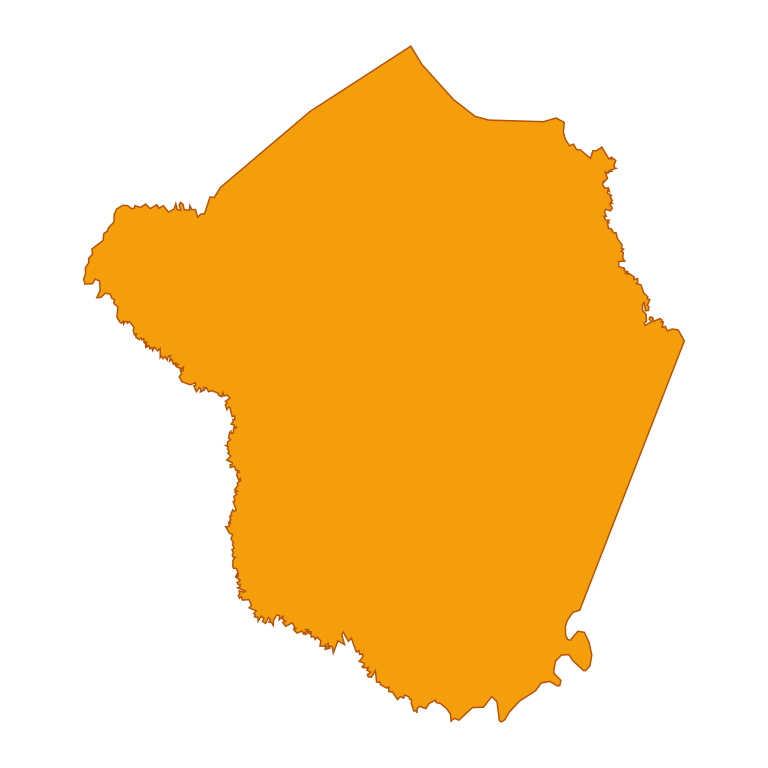 outline of Puerto Rico, Meta, Colombia
{"feature_id": "7082276B74831898220162", "entity_name": "Puerto Rico", "entity_type": "district", "adm_level": 2, "iso_a3": "COL", "parent_name": "Colombia", "parent_adm1": "Meta", "projection": "natural_earth1", "projection_center": [-73.12, 2.752], "detail": "fine", "context": "isolated", "style": "filled", "palette": "amber", "viewbox_px": 768, "rotation_deg": 0, "n_neighbors": 0, "source": "geoboundaries", "source_scale": "gbopen_adm2", "svg_char_len": 6117}
<svg xmlns="http://www.w3.org/2000/svg" viewBox="0 0 768 768"><path d="M579.7,610.2L684.3,341.0L678.2,329.9L672.1,329.0L667.2,331.0L665.4,326.4L662.2,327.3L663.2,321.9L661.3,321.9L662.0,320.1L660.0,318.6L653.7,321.3L652.5,317.3L650.0,317.0L649.1,319.0L651.7,321.7L645.0,325.5L644.3,322.9L646.5,321.3L646.1,314.4L642.5,310.4L642.6,304.4L644.2,302.6L645.5,310.8L648.4,310.4L648.9,306.7L647.3,305.5L649.8,299.7L647.3,298.7L647.8,296.9L643.8,293.0L640.9,284.8L635.8,283.5L637.6,283.1L637.7,278.6L633.7,279.5L634.2,277.1L628.9,273.3L627.5,274.3L627.6,272.6L625.7,272.9L627.3,271.6L624.1,270.5L624.6,268.3L618.7,266.6L618.6,261.5L624.7,261.1L622.7,257.8L623.3,252.5L621.1,251.3L623.6,249.2L621.6,248.3L622.0,244.9L617.5,238.7L616.0,232.6L613.9,233.1L611.2,228.8L608.5,228.4L607.4,222.4L608.8,222.7L607.9,221.1L609.8,220.2L605.7,220.2L603.9,216.3L606.3,216.3L604.5,211.7L605.6,209.4L610.6,210.8L612.2,208.2L609.8,204.1L612.3,203.2L610.7,202.3L612.3,200.5L610.2,197.1L611.5,195.5L607.4,193.3L607.7,190.4L609.4,191.5L608.4,187.9L604.7,188.0L602.5,184.4L603.9,180.5L604.1,182.0L607.5,178.4L605.4,172.1L606.9,173.1L608.3,171.6L608.2,173.5L609.1,171.6L611.7,171.2L610.6,170.2L615.9,168.3L614.4,167.8L614.3,164.5L615.8,160.5L612.6,158.1L611.6,158.9L611.4,157.2L609.0,159.0L601.8,147.1L596.5,150.7L592.9,150.7L590.5,158.5L580.4,149.9L576.5,149.5L573.6,144.2L569.5,145.7L565.4,139.5L563.4,132.4L564.2,122.4L556.1,118.0L543.4,121.7L489.0,120.1L475.1,116.4L453.5,99.6L422.0,64.6L410.8,46.1L310.1,111.4L220.4,187.5L214.3,197.5L210.0,197.0L204.6,213.6L200.7,214.2L197.6,217.2L195.5,209.6L191.7,209.5L189.9,205.7L189.4,210.3L184.2,209.6L182.9,204.2L180.6,202.4L179.2,204.8L180.7,210.3L177.3,209.6L175.8,203.8L174.2,208.9L168.5,212.1L163.4,205.7L158.7,208.3L157.0,204.7L150.2,208.6L145.7,204.1L140.2,207.5L135.0,205.6L134.3,208.1L131.9,208.8L127.5,205.6L122.8,205.3L116.7,209.0L114.2,214.1L113.9,222.1L108.5,227.8L107.3,231.3L103.9,233.4L103.0,240.5L91.9,249.0L92.5,254.1L88.6,258.4L88.7,262.8L85.4,267.8L85.5,274.0L83.7,278.8L84.8,284.0L92.6,283.7L95.1,279.1L99.5,280.9L100.2,290.4L96.8,297.7L100.8,297.4L105.4,293.2L110.3,294.2L111.9,298.5L114.4,299.3L113.8,303.4L117.9,306.9L116.9,317.2L120.0,322.2L121.7,323.1L123.4,321.1L123.7,323.9L124.8,321.8L127.0,321.5L127.3,323.2L129.7,321.6L134.0,327.5L133.2,330.2L134.3,334.1L135.9,333.9L134.8,334.9L136.0,335.0L135.9,337.3L139.2,339.6L141.0,338.0L141.9,339.9L143.6,338.8L144.1,342.3L146.7,342.0L146.4,343.8L145.2,343.5L146.9,345.2L145.6,345.4L145.9,347.5L149.1,345.8L149.9,348.8L152.0,347.7L152.6,350.5L154.5,347.2L157.6,350.9L160.2,348.5L160.2,357.5L161.3,356.0L162.9,358.6L165.0,356.7L167.2,360.0L168.4,356.1L170.5,355.6L169.7,361.2L171.9,359.3L173.4,364.2L174.5,363.4L175.5,365.1L176.0,363.1L178.3,364.4L176.1,366.3L177.1,367.2L182.0,368.6L183.4,367.2L182.8,371.0L180.3,369.7L181.4,374.0L179.2,376.8L181.8,381.7L190.3,384.8L195.4,382.7L195.7,385.3L193.8,385.9L196.4,391.7L199.3,387.7L201.0,389.2L200.4,391.9L204.3,390.1L204.0,387.6L205.2,388.7L206.3,387.4L208.5,391.7L212.0,390.7L218.5,393.4L218.4,395.1L221.7,396.8L222.9,392.8L223.9,396.0L227.4,395.2L230.0,398.1L225.4,401.2L227.1,402.7L225.3,404.8L226.9,409.6L228.6,407.0L229.9,407.5L232.2,416.6L234.7,416.0L234.8,419.6L232.9,419.4L233.4,421.2L231.1,424.1L234.3,425.1L234.0,427.3L237.3,427.0L233.5,429.0L233.2,433.3L231.1,433.2L230.9,431.1L229.6,432.7L228.6,438.3L230.4,439.7L227.7,442.0L227.3,445.4L225.8,445.5L228.4,447.1L227.5,448.7L229.2,451.9L227.8,453.1L230.7,456.0L226.8,460.2L232.3,462.8L232.0,464.7L230.2,464.7L230.3,467.5L234.3,466.3L235.9,470.5L238.5,470.4L239.1,472.3L237.5,471.4L236.7,475.4L238.7,480.1L240.4,478.6L240.8,480.5L237.3,483.0L237.8,485.5L234.6,489.7L237.4,491.2L234.9,492.0L236.8,494.4L233.9,496.4L234.8,500.8L233.2,501.5L236.2,510.1L234.3,511.4L232.8,509.8L231.0,514.1L231.7,515.9L229.8,516.2L230.4,519.9L231.4,519.4L229.7,521.3L230.4,523.2L228.7,522.5L229.4,526.4L225.7,526.7L229.3,533.0L232.6,534.7L231.0,538.9L233.5,542.7L232.5,544.1L234.0,548.5L231.9,549.7L233.4,552.6L232.2,554.9L233.2,557.3L235.2,557.4L232.9,560.3L232.8,566.4L233.4,568.2L236.5,568.5L238.3,574.0L237.7,577.4L236.9,574.4L235.6,577.0L240.2,580.3L237.1,582.5L238.4,584.6L240.3,584.5L239.9,586.8L237.6,587.8L245.3,591.1L244.0,592.3L239.1,590.9L239.7,594.0L238.3,595.5L239.4,598.2L241.1,596.7L242.4,600.1L249.0,599.6L251.5,605.5L249.1,607.8L256.3,610.9L253.8,613.5L255.4,614.9L254.5,616.9L257.9,617.3L258.2,621.1L261.3,616.1L264.0,618.5L262.4,621.2L265.5,623.4L268.6,617.5L270.5,619.7L268.9,622.0L271.7,622.6L273.2,625.4L273.7,619.9L276.9,615.0L279.5,615.5L279.2,619.7L283.5,615.6L282.3,618.9L285.5,621.3L282.7,622.4L285.7,626.3L292.1,622.8L294.7,626.9L293.8,628.6L295.9,628.5L294.0,630.1L297.1,633.1L302.0,631.1L303.5,634.0L305.1,632.4L305.3,634.5L308.2,632.6L305.6,629.6L308.2,629.5L308.6,631.5L310.9,632.0L309.6,633.7L311.2,633.5L311.2,637.1L313.8,636.3L315.1,639.5L317.1,637.1L320.8,640.8L320.0,646.1L324.5,646.1L328.1,643.5L328.5,647.2L325.6,646.3L325.1,649.4L329.8,648.2L329.7,646.2L332.2,646.5L333.3,653.0L338.0,640.8L344.6,644.6L341.7,634.8L343.3,632.1L348.4,641.3L351.3,638.1L356.3,651.9L358.5,651.7L358.6,649.7L359.8,654.5L362.6,654.0L362.8,656.7L359.2,661.4L363.9,663.0L364.3,665.4L362.1,666.4L362.9,667.7L368.4,667.6L366.8,670.1L370.6,672.1L367.4,674.6L368.3,676.9L371.5,677.2L375.4,670.7L376.6,682.1L380.1,682.3L380.4,684.7L386.8,688.1L388.8,686.9L388.9,691.6L392.7,692.2L397.5,699.6L400.4,696.5L403.6,698.2L404.6,695.0L408.7,696.6L409.8,699.3L411.6,699.5L411.3,703.4L413.9,711.0L416.0,710.7L416.9,712.8L417.1,708.8L419.4,706.3L426.0,708.6L428.9,703.7L435.3,700.1L436.1,702.5L440.8,703.7L446.9,708.9L450.5,714.3L451.0,721.1L454.4,718.3L458.9,720.2L472.4,707.6L483.5,707.2L491.7,696.6L497.0,701.7L499.4,720.8L501.4,721.9L504.9,719.7L508.8,712.7L519.5,701.1L535.6,690.7L541.3,683.0L549.8,681.4L557.4,685.9L559.8,685.6L560.9,680.5L554.2,673.6L553.8,670.4L555.5,661.4L561.3,655.0L569.0,654.7L572.5,660.3L583.5,670.6L585.6,670.6L589.9,666.0L591.8,655.2L589.1,642.5L584.3,632.3L577.8,631.3L570.3,640.2L567.9,639.6L565.6,635.4L565.4,626.5L567.2,620.6L572.8,612.4L579.7,610.2Z" fill="#f59e0b" stroke="#b45309" stroke-width="1.5"/></svg>